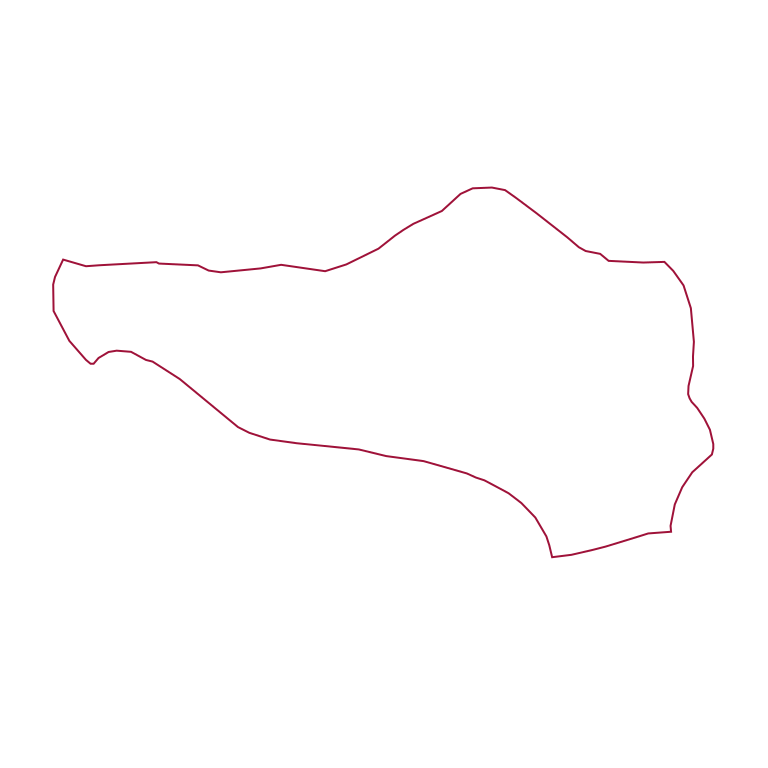 Santa Cruz del Quiché, Quiché, Guatemala, rotated 85°
{"feature_id": "79465075B15247969306160", "entity_name": "Santa Cruz del Quiché", "entity_type": "district", "adm_level": 2, "iso_a3": "GTM", "parent_name": "Guatemala", "parent_adm1": "Quiché", "projection": "orthographic", "projection_center": [-91.122, 15.026], "detail": "fine", "context": "isolated", "style": "outline", "palette": "rose", "viewbox_px": 768, "rotation_deg": 85, "n_neighbors": 0, "source": "geoboundaries", "source_scale": "gbopen_adm2", "svg_char_len": 1214}
<svg xmlns="http://www.w3.org/2000/svg" viewBox="0 0 768 768"><g transform="rotate(85 384 384)"><path d="M571.2,231.6L570.5,212.2L567.4,190.2L565.3,177.5L557.7,141.9L555.9,133.8L556.2,110.9L550.3,110.9L529.3,104.8L512.8,95.9L498.8,84.6L482.8,63.5L477.1,61.6L472.5,61.2L458.0,63.3L446.4,67.9L435.1,74.1L428.6,79.1L424.9,80.8L420.6,81.9L412.5,80.8L393.0,74.5L383.6,73.8L369.0,71.6L335.2,71.7L311.9,77.0L296.5,86.0L286.8,94.0L285.6,115.1L280.9,149.5L273.2,157.3L269.1,171.5L264.7,178.0L253.7,188.8L226.7,217.7L220.8,224.3L209.8,236.6L201.4,246.5L197.7,259.4L196.8,278.6L201.3,291.2L216.7,311.3L227.0,340.8L232.1,351.1L237.2,360.2L248.7,377.7L261.6,411.1L266.5,432.8L256.3,476.1L258.1,496.9L258.5,536.8L255.7,548.8L249.6,559.0L244.4,597.7L242.8,600.1L240.9,657.2L240.7,670.6L232.1,692.8L248.7,702.4L256.1,704.9L282.5,706.8L313.6,693.7L334.0,678.8L338.2,674.6L338.5,671.5L333.2,666.1L328.1,655.6L327.5,647.4L329.9,633.2L339.3,619.0L341.5,612.6L361.3,587.0L414.2,533.2L420.9,522.4L429.4,502.4L435.4,476.1L447.0,414.8L456.0,388.1L464.3,351.2L480.3,309.3L485.2,300.6L488.7,292.4L495.1,282.5L503.7,269.4L514.6,257.5L530.2,244.9L550.0,235.5L559.1,233.4L571.2,231.6Z" fill="none" stroke="#9f1239" stroke-width="2"/></g></svg>